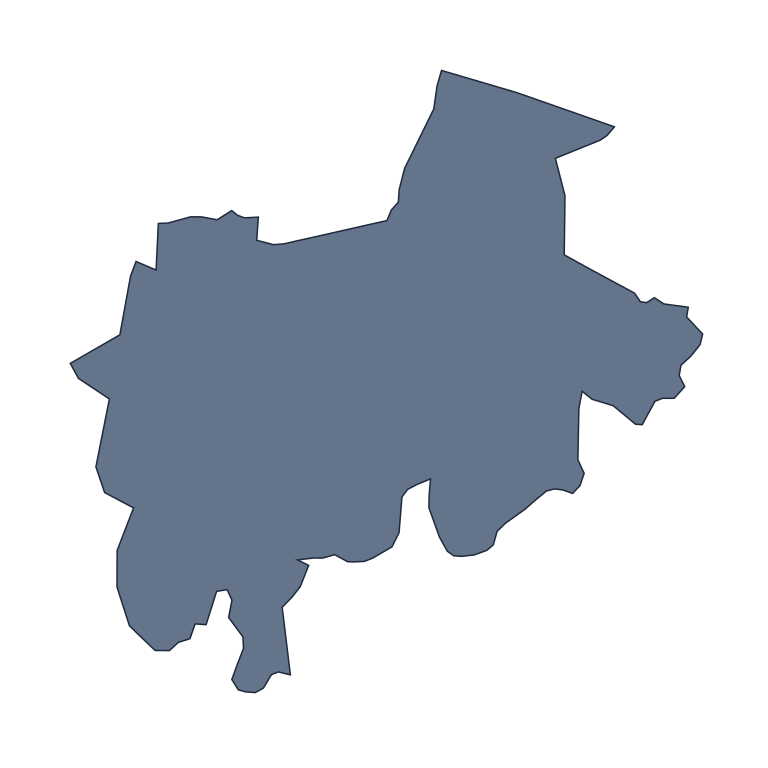 Alexandria, Rio Grande do Norte, Brazil (Equal Earth projection), rotated 4°
{"feature_id": "56859067B36887412896475", "entity_name": "Alexandria", "entity_type": "district", "adm_level": 2, "iso_a3": "BRA", "parent_name": "Brazil", "parent_adm1": "Rio Grande do Norte", "projection": "equal_earth", "projection_center": [-37.977, -6.367], "detail": "fine", "context": "isolated", "style": "filled", "palette": "slate", "viewbox_px": 768, "rotation_deg": 4, "n_neighbors": 0, "source": "geoboundaries", "source_scale": "gbopen_adm2", "svg_char_len": 1700}
<svg xmlns="http://www.w3.org/2000/svg" viewBox="0 0 768 768"><g transform="rotate(4 384 384)"><path d="M595.9,111.4L496.3,84.1L419.5,67.2L416.1,83.2L414.5,106.1L389.5,167.5L385.6,189.0L385.6,201.6L379.2,209.9L375.5,220.8L359.0,225.7L299.5,243.6L273.8,251.3L263.9,252.7L247.0,249.5L247.0,226.3L233.2,228.0L226.1,225.9L220.0,221.6L206.1,231.8L190.2,230.0L179.4,230.7L157.4,238.5L147.7,239.6L148.7,286.2L128.1,279.1L123.6,294.2L117.1,353.3L69.6,385.3L78.9,399.8L111.1,418.1L104.0,474.0L102.4,486.8L112.9,511.8L142.8,525.1L129.4,568.7L131.8,605.1L146.9,642.9L157.7,652.1L174.3,665.8L188.6,664.9L196.7,656.2L208.2,651.6L212.3,636.5L223.3,636.5L228.5,615.1L231.5,602.5L241.9,600.1L247.4,610.3L245.3,627.8L260.9,646.1L262.3,657.5L257.2,674.0L252.8,689.4L260.0,699.3L267.6,700.8L277.1,700.8L284.9,695.8L292.0,681.8L298.8,678.6L310.9,680.7L298.0,613.8L307.3,602.8L314.6,592.0L321.5,570.2L310.0,565.5L326.5,562.4L334.7,562.0L346.8,557.7L360.0,563.8L366.1,563.6L376.6,562.4L384.7,558.6L403.3,545.9L409.4,531.3L409.8,495.5L414.8,487.6L423.6,482.1L437.0,475.4L436.8,491.7L437.4,504.2L449.9,532.7L458.8,546.4L465.5,550.5L473.7,550.5L486.0,548.2L498.3,542.7L504.3,536.8L507.1,523.1L514.9,514.4L533.5,499.0L541.6,490.8L553.4,479.5L561.3,476.8L569.7,477.2L579.8,480.0L586.6,471.7L589.9,459.1L582.7,446.1L580.1,394.7L582.2,377.5L592.6,384.7L614.2,389.7L637.7,406.6L644.4,406.6L655.5,382.4L662.6,378.9L674.5,378.0L684.2,365.6L677.9,355.1L678.9,344.6L688.3,334.7L696.5,322.8L698.4,312.0L681.2,296.0L682.2,286.2L657.6,284.6L647.7,279.0L640.3,284.5L634.1,284.1L627.6,275.9L580.4,254.5L554.8,242.6L551.4,183.5L539.2,146.9L582.8,125.6L589.2,120.5L595.9,111.4Z" fill="#64748b" stroke="#1e293b" stroke-width="1.5"/></g></svg>